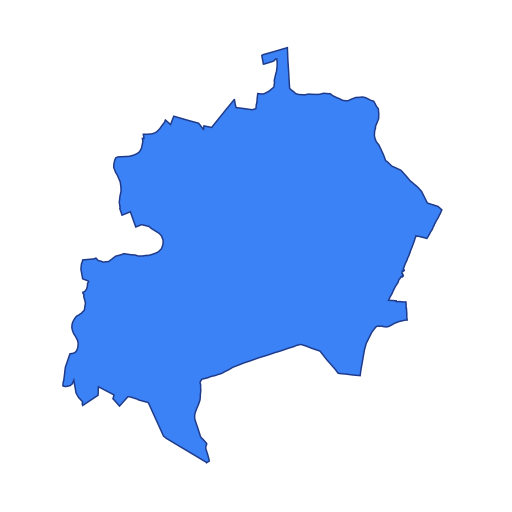 Zabrani, Arad, Romania (Equal Earth projection), rotated 275°
{"feature_id": "2599482B97657838869251", "entity_name": "Zabrani", "entity_type": "district", "adm_level": 2, "iso_a3": "ROU", "parent_name": "Romania", "parent_adm1": "Arad", "projection": "equal_earth", "projection_center": [21.569, 46.052], "detail": "fine", "context": "isolated", "style": "filled", "palette": "blue", "viewbox_px": 512, "rotation_deg": 275, "n_neighbors": 0, "source": "geoboundaries", "source_scale": "gbopen_adm2", "svg_char_len": 5981}
<svg xmlns="http://www.w3.org/2000/svg" viewBox="0 0 512 512"><g transform="rotate(275 256 256)"><path d="M318.2,437.1L321.2,433.1L323.7,422.1L334.8,415.3L338.6,411.2L344.7,402.6L348.4,399.0L354.1,392.8L356.0,387.5L357.4,383.4L361.5,378.4L362.2,376.9L368.1,374.1L377.1,368.9L380.4,365.8L384.2,364.0L386.5,363.4L390.9,363.3L393.8,363.9L395.4,363.7L400.4,365.3L403.6,366.2L408.5,365.9L413.4,365.0L414.6,363.7L415.5,363.0L419.9,360.2L420.6,359.5L420.9,357.1L421.5,355.8L423.3,351.4L423.7,348.2L423.2,345.8L422.9,344.0L422.7,341.9L420.9,338.0L418.9,334.5L418.5,333.1L418.5,330.1L418.8,328.0L419.8,326.0L420.7,322.9L422.5,318.2L424.2,315.8L424.0,313.6L424.0,309.2L422.8,305.9L422.3,303.2L422.0,298.6L421.9,294.4L421.4,292.3L420.8,291.0L420.6,284.5L421.2,281.4L422.9,279.3L424.6,276.5L425.9,274.9L437.0,273.2L440.8,272.7L453.8,270.7L466.3,269.1L460.4,254.0L457.2,245.5L456.4,244.6L456.3,244.3L447.8,246.6L447.8,247.1L448.9,249.8L450.6,254.0L451.3,255.8L452.3,257.2L453.9,258.2L454.1,259.5L450.6,260.2L446.2,260.5L441.4,260.3L439.9,259.9L432.6,258.9L431.6,259.0L431.2,259.3L425.8,259.1L421.3,254.5L419.5,251.9L418.1,249.4L417.9,247.6L418.0,243.6L412.5,243.4L411.7,243.5L407.9,243.4L407.3,243.1L403.0,243.1L402.7,242.9L401.5,239.8L401.4,239.0L401.9,229.5L402.1,223.2L405.3,222.1L409.9,220.9L409.8,220.6L399.0,213.2L380.2,200.6L381.1,192.8L377.6,192.7L377.8,192.4L383.3,187.2L385.0,177.6L386.8,168.4L388.1,161.9L379.5,159.4L383.6,153.9L383.4,153.7L381.7,153.5L377.6,150.9L374.5,149.1L372.6,147.6L370.5,145.6L369.6,144.1L368.5,141.3L368.2,139.4L367.5,135.3L367.7,134.8L367.6,134.5L367.4,133.1L365.5,133.7L363.3,134.1L363.3,132.6L360.0,133.3L353.3,132.5L349.7,130.9L347.8,128.8L345.9,125.6L344.2,120.9L342.7,109.8L341.4,107.6L339.0,106.9L335.4,106.4L332.0,106.5L327.0,108.9L324.3,110.9L317.9,114.3L313.1,115.4L308.8,115.9L303.8,115.3L297.6,115.1L292.8,116.3L291.3,116.2L285.0,119.0L289.1,127.0L274.4,133.7L277.3,139.4L276.0,147.1L274.3,149.3L270.1,157.6L267.9,160.0L263.9,162.0L261.1,162.3L258.9,162.2L255.0,161.2L251.8,158.5L250.3,156.2L248.4,152.1L247.0,148.2L247.2,147.4L246.1,142.9L245.7,138.9L246.5,135.2L246.3,132.2L246.5,129.6L246.8,124.0L245.7,122.1L243.6,116.2L237.7,109.8L236.6,104.2L237.3,102.3L237.7,99.2L240.0,96.7L239.0,94.9L237.0,83.7L235.6,83.6L232.9,82.8L227.7,82.7L218.2,85.3L216.5,91.0L215.7,91.5L214.2,90.6L210.6,90.6L208.1,90.0L205.6,88.4L204.8,86.7L203.6,86.9L202.7,87.9L200.5,88.0L194.4,90.2L187.1,89.7L183.4,86.7L183.2,86.2L182.0,84.9L180.5,82.6L178.4,81.1L176.2,80.0L173.8,79.1L171.5,78.7L168.6,78.8L166.2,79.5L162.8,81.1L159.9,83.4L156.3,85.6L153.4,86.5L150.3,86.5L148.0,86.2L145.3,85.2L143.9,83.8L143.0,82.0L142.4,79.2L128.7,75.8L124.2,75.6L122.2,75.6L114.5,75.3L113.9,74.9L110.0,74.9L109.6,75.3L109.3,77.6L110.6,82.0L112.6,84.1L116.4,85.3L103.8,88.7L99.6,91.6L95.5,96.1L93.8,95.7L92.0,96.4L103.5,110.8L112.0,110.4L105.3,126.6L102.5,126.2L101.3,125.9L100.5,126.9L94.6,133.1L104.7,140.7L104.7,142.8L103.0,150.5L102.4,151.5L101.3,157.5L100.8,160.7L100.2,161.7L68.5,179.6L67.6,181.1L66.5,182.6L46.2,224.4L45.7,224.7L47.6,227.3L49.3,226.9L53.9,225.2L57.7,223.6L59.1,223.0L59.8,222.8L60.9,222.6L61.7,222.6L62.1,222.7L64.2,223.3L64.5,223.3L65.0,223.1L65.6,222.5L69.0,218.9L70.3,217.2L70.9,216.7L71.6,216.3L72.5,215.9L73.6,215.5L80.7,212.5L83.1,211.4L87.8,209.4L88.9,209.1L89.6,209.0L91.9,208.8L94.7,209.1L96.6,209.6L98.7,210.2L103.3,211.7L107.4,212.7L108.7,212.8L109.9,212.8L112.4,212.7L113.6,212.6L114.2,212.7L116.2,212.7L117.3,212.7L120.7,212.2L122.9,212.1L123.9,211.7L124.6,211.3L125.1,211.3L126.2,211.6L128.5,212.7L130.5,218.6L131.2,219.8L131.6,220.6L132.3,222.5L132.8,223.7L132.9,224.6L134.7,228.7L135.9,231.7L136.3,232.5L138.3,235.3L139.0,236.6L140.3,238.7L142.3,241.5L143.0,242.3L148.8,254.1L150.9,259.1L154.8,267.5L157.5,274.3L159.4,278.8L161.8,284.1L162.0,284.9L164.3,290.5L166.9,296.2L169.1,301.7L170.2,303.6L171.7,307.7L171.7,309.2L170.5,314.3L168.9,319.6L168.0,323.3L167.2,326.7L166.7,328.2L159.2,335.2L154.6,340.0L150.0,344.8L146.4,348.0L146.2,349.4L146.2,356.0L145.9,362.6L145.9,370.2L151.0,370.4L171.8,372.2L178.5,373.4L190.1,378.0L192.3,379.3L195.6,381.5L196.7,382.9L196.8,384.9L197.1,387.1L196.8,389.0L196.7,390.8L196.8,392.7L197.4,394.3L198.3,395.9L201.1,400.0L203.2,404.3L205.1,410.1L205.3,412.1L205.8,412.1L206.2,412.1L206.9,411.8L209.4,411.4L210.6,411.4L214.0,410.9L215.7,410.6L216.3,410.6L216.7,410.3L216.8,410.4L217.1,410.4L217.2,410.2L217.5,410.2L218.4,410.0L219.5,409.9L220.0,409.8L221.5,409.7L223.4,409.2L223.1,408.0L223.1,407.7L223.0,407.2L223.1,406.0L223.1,404.6L223.1,404.1L223.1,403.9L223.1,403.0L223.1,402.6L222.9,401.4L222.8,400.5L222.8,399.8L222.8,399.7L223.6,399.6L223.5,398.9L223.6,397.9L223.4,391.9L226.8,393.1L230.7,394.9L232.7,395.5L237.8,397.5L241.8,399.7L244.6,400.4L245.2,400.6L245.4,400.8L245.5,401.1L246.3,401.4L246.9,401.8L247.5,401.9L247.8,402.1L247.8,402.9L247.7,403.4L247.9,403.5L248.4,403.4L248.7,403.6L248.9,403.8L248.8,404.3L249.1,404.4L249.2,404.5L249.7,404.4L249.7,404.2L249.9,404.1L250.0,404.0L249.9,403.9L249.8,403.7L250.2,403.7L250.7,403.5L251.2,403.5L251.5,402.8L252.4,402.7L253.0,403.0L253.4,403.0L253.2,403.4L253.2,403.5L253.3,403.7L253.6,403.8L253.7,404.0L254.4,404.2L254.4,404.3L254.2,404.6L254.3,404.9L254.4,405.0L254.7,405.0L254.9,404.9L255.0,404.8L255.0,404.4L255.4,404.3L255.4,403.9L255.5,403.8L261.2,405.3L264.8,406.7L267.1,407.2L268.5,407.8L270.5,408.5L270.9,408.5L271.3,408.6L271.8,408.8L272.2,408.8L272.7,409.1L273.3,409.3L273.9,409.2L276.9,410.2L280.8,411.3L282.0,411.6L283.6,412.1L284.2,412.2L285.2,412.5L286.5,412.7L287.4,412.9L289.0,413.5L289.4,413.6L289.9,413.6L290.1,413.6L289.8,415.0L289.7,416.8L289.4,418.9L288.9,422.0L288.4,424.7L290.0,425.5L290.7,425.9L293.6,427.2L295.0,427.7L296.9,428.8L298.2,429.4L298.8,429.5L300.6,430.1L301.7,430.6L303.9,431.3L304.6,431.7L306.8,432.5L308.4,433.3L308.9,433.5L309.4,433.8L309.7,433.9L310.3,434.2L311.0,434.4L311.5,434.7L312.5,435.0L314.0,435.7L314.6,436.0L316.6,436.5L317.4,436.9L318.2,437.1Z" fill="#3b82f6" stroke="#1e3a8a" stroke-width="1.5"/></g></svg>